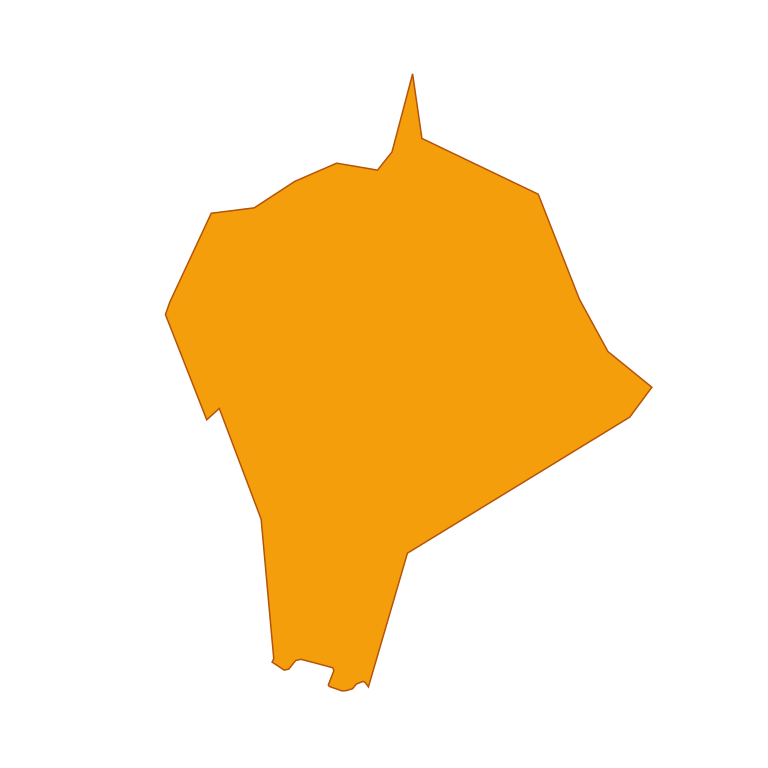 Franklin, Georgia, United States of America, rotated 151°
{"feature_id": "52423323B34949297901423", "entity_name": "Franklin", "entity_type": "district", "adm_level": 2, "iso_a3": "USA", "parent_name": "United States of America", "parent_adm1": "Georgia", "projection": "natural_earth1", "projection_center": [-83.174, 34.38], "detail": "fine", "context": "isolated", "style": "filled", "palette": "amber", "viewbox_px": 768, "rotation_deg": 151, "n_neighbors": 0, "source": "geoboundaries", "source_scale": "gbopen_adm2", "svg_char_len": 627}
<svg xmlns="http://www.w3.org/2000/svg" viewBox="0 0 768 768"><g transform="rotate(151 384 384)"><path d="M208.6,641.4L264.5,583.1L286.0,574.2L318.4,600.1L363.8,604.5L412.1,601.0L452.3,617.1L531.6,559.5L541.5,550.7L556.4,438.6L539.9,442.5L557.0,325.3L613.6,197.2L616.7,195.0L610.0,182.1L605.5,180.8L595.3,185.0L590.0,183.4L566.4,160.7L566.8,157.6L578.6,147.8L578.5,146.0L569.5,135.9L565.6,134.1L559.2,132.7L558.8,132.9L553.5,135.0L546.4,134.0L545.1,131.9L544.5,126.6L445.5,224.7L185.1,235.9L151.3,251.3L172.4,303.8L172.0,363.4L157.1,475.2L231.8,580.4L208.6,641.4Z" fill="#f59e0b" stroke="#b45309" stroke-width="1.5"/></g></svg>